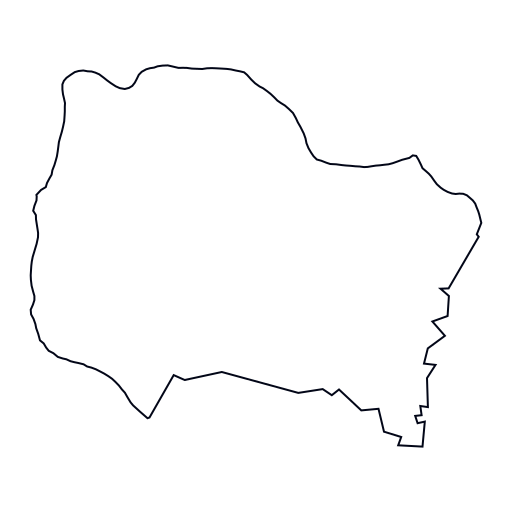 VIII-1 Ireng/Upper Potaro, Potaro-Siparuni, Guyana, rotated 270°
{"feature_id": "73187651B95779409673376", "entity_name": "VIII-1 Ireng/Upper Potaro", "entity_type": "district", "adm_level": 2, "iso_a3": "GUY", "parent_name": "Guyana", "parent_adm1": "Potaro-Siparuni", "projection": "orthographic", "projection_center": [-59.613, 4.894], "detail": "fine", "context": "isolated", "style": "outline", "palette": "ink", "viewbox_px": 512, "rotation_deg": 270, "n_neighbors": 0, "source": "geoboundaries", "source_scale": "gbopen_adm2", "svg_char_len": 2812}
<svg xmlns="http://www.w3.org/2000/svg" viewBox="0 0 512 512"><g transform="rotate(270 256 256)"><path d="M317.1,36.4L315.5,36.7L311.6,36.5L306.1,34.4L301.2,33.2L296.9,35.9L292.7,36.0L282.5,37.6L279.0,38.1L274.7,38.0L268.1,36.6L263.8,35.3L259.4,34.0L255.1,32.7L250.5,31.8L246.3,31.3L241.5,31.0L236.7,30.7L232.2,30.9L226.3,31.6L220.5,33.1L216.0,34.4L211.9,34.4L207.5,33.0L202.3,30.7L197.6,31.1L193.0,33.6L187.9,35.4L183.8,36.2L178.2,38.2L171.6,40.0L168.6,43.7L164.5,46.1L161.2,48.7L158.8,53.4L155.1,57.8L153.5,62.8L152.7,66.4L150.8,70.5L149.8,74.4L149.0,78.3L147.7,83.6L145.5,87.1L144.4,91.4L142.7,95.9L140.4,100.4L138.4,104.2L135.8,108.4L133.2,112.1L130.2,115.3L126.5,118.9L122.7,121.8L119.3,124.9L114.9,127.4L109.6,130.6L106.6,133.1L100.5,139.8L93.8,147.5L94.5,149.5L136.9,173.7L132.0,184.7L140.0,221.8L119.1,298.3L122.9,322.7L116.8,331.8L122.5,339.0L101.6,361.3L103.2,378.5L80.3,384.0L75.0,401.2L66.7,398.2L65.4,422.5L90.4,424.8L88.8,417.6L96.1,415.2L96.8,421.6L106.0,420.3L104.9,427.9L133.9,427.0L147.1,435.5L148.4,424.0L163.6,427.8L176.2,444.9L190.5,432.4L196.0,447.6L216.0,448.9L223.3,440.5L223.6,448.6L272.0,476.8L275.2,478.7L277.7,476.8L289.1,481.3L293.6,480.2L297.3,479.3L300.8,478.2L304.4,476.7L308.4,475.2L311.6,472.8L314.3,469.7L316.7,466.9L318.2,463.2L318.4,459.3L318.0,455.7L318.5,452.0L320.1,447.6L322.2,443.7L324.3,440.7L327.7,436.9L331.3,434.2L335.5,431.3L338.3,428.8L340.8,426.0L343.8,422.5L347.2,421.0L352.3,418.5L356.1,416.2L356.6,412.8L354.1,409.4L352.2,402.1L350.5,397.5L348.8,392.7L347.7,388.5L347.3,384.7L346.7,379.9L346.4,375.9L345.7,371.3L345.1,367.7L344.9,364.1L345.5,359.6L345.7,355.5L346.2,350.4L346.5,345.9L346.9,342.0L347.7,336.2L348.0,330.2L349.3,326.3L351.3,321.2L352.5,316.8L355.7,313.6L359.4,311.1L363.8,308.5L368.7,306.5L373.6,305.5L378.6,303.7L385.0,300.5L389.7,297.8L393.8,295.9L399.0,293.0L403.1,288.8L406.5,284.9L408.9,281.0L411.4,277.4L414.7,274.2L418.0,270.7L421.0,266.9L423.8,263.0L425.5,259.6L428.7,255.1L432.5,251.2L437.1,247.1L439.7,244.1L440.7,239.9L441.5,235.7L442.6,230.9L443.1,226.7L443.4,221.8L443.7,216.4L443.9,211.7L443.7,206.9L443.0,202.2L443.4,191.9L444.1,186.8L444.2,182.9L444.1,178.5L445.5,172.6L446.6,167.8L446.4,162.6L445.7,157.6L444.4,154.1L443.8,150.0L442.7,146.2L440.2,141.7L437.2,138.8L432.9,136.7L429.3,134.8L426.1,132.3L424.1,129.0L423.0,124.8L423.9,119.7L425.7,115.7L428.9,110.8L431.6,107.1L434.4,103.6L437.7,99.2L439.4,95.3L440.5,91.6L440.7,87.7L441.5,83.3L441.0,78.6L439.9,74.8L437.2,70.7L434.2,66.5L431.2,63.9L427.6,62.4L422.5,62.4L417.7,63.0L413.5,64.0L408.9,65.0L405.3,64.8L400.6,64.8L396.6,64.6L390.7,64.2L385.0,63.0L380.1,61.8L374.7,60.2L369.9,58.9L365.9,58.4L360.5,57.7L355.6,56.9L351.6,55.8L346.9,54.4L341.8,52.4L337.3,51.6L333.7,49.5L329.0,47.0L324.9,45.8L322.1,41.1L317.1,36.4Z" fill="none" stroke="#020617" stroke-width="2"/></g></svg>